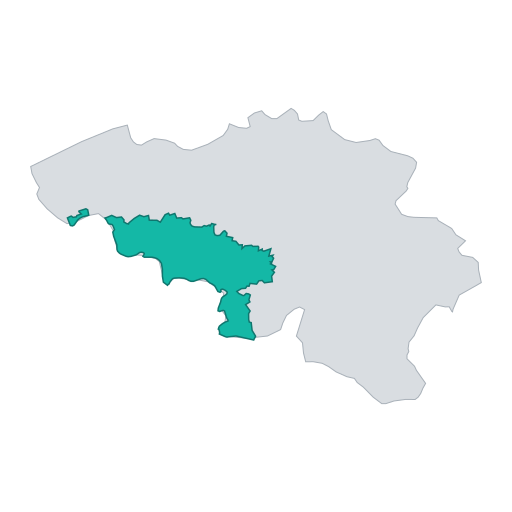 where Hainaut sits in Belgium
{"feature_id": "BEL-2", "entity_name": "Hainaut", "entity_type": "Province", "adm_level": 1, "iso_a3": "BEL", "parent_name": "Belgium", "parent_adm1": "", "projection": "equal_earth", "projection_center": [3.881, 50.373], "detail": "fine", "context": "in_parent", "style": "filled", "palette": "teal", "viewbox_px": 512, "rotation_deg": 0, "n_neighbors": 0, "source": "natural_earth", "source_scale": "10m", "svg_char_len": 4827}
<svg xmlns="http://www.w3.org/2000/svg" viewBox="0 0 512 512"><path d="M229.4,123.8L238.6,127.5L246.6,128.3L250.2,126.6L247.9,117.7L254.4,113.0L261.7,110.8L265.0,114.6L271.7,118.6L276.9,118.6L291.1,108.4L294.4,110.4L297.5,114.0L298.1,117.0L298.7,120.0L301.9,121.3L313.1,120.6L318.7,115.1L323.2,111.6L326.5,114.0L328.2,120.8L331.3,129.7L344.7,139.6L356.1,142.5L369.9,140.5L375.4,138.7L379.1,140.2L382.9,145.5L390.9,151.5L407.7,155.8L412.9,158.2L416.6,162.3L415.6,168.1L407.8,182.5L406.8,186.8L407.9,188.3L406.3,190.9L396.0,200.7L395.1,204.1L398.7,209.7L401.6,214.3L407.9,216.6L413.8,217.3L424.9,217.6L436.8,217.9L438.3,220.6L451.7,228.5L455.9,234.8L465.5,240.8L457.7,248.4L459.0,251.8L461.9,255.3L472.7,257.4L478.2,262.4L478.6,270.1L481.3,282.6L459.2,295.1L453.1,309.1L452.5,311.9L451.8,311.4L449.2,306.8L445.2,306.9L435.9,304.9L423.2,317.6L417.5,328.1L414.1,335.8L409.0,342.1L408.1,348.7L408.8,351.5L407.0,355.0L407.0,358.8L414.5,366.2L416.4,370.3L425.6,383.4L422.9,388.2L420.7,393.5L418.1,397.2L415.1,399.5L405.7,399.4L393.9,401.0L385.9,403.6L381.7,403.6L373.1,397.1L363.4,387.2L357.2,382.5L354.4,378.4L346.9,376.7L336.1,371.9L328.6,366.6L322.2,363.3L313.2,361.7L305.7,361.8L303.5,353.0L302.5,342.8L296.4,336.1L304.6,309.6L299.6,307.0L294.2,309.2L286.5,315.4L282.8,323.0L280.6,329.6L267.5,336.0L246.7,338.3L224.0,336.0L220.8,334.3L219.4,332.3L219.4,330.0L220.9,326.4L224.9,322.1L225.9,315.9L221.8,310.5L219.1,308.4L220.2,303.3L223.2,296.8L223.7,293.1L208.4,281.9L197.3,279.7L186.5,279.3L178.3,278.0L173.6,278.6L170.1,281.8L166.6,284.2L164.1,281.4L159.3,261.6L155.6,258.6L141.7,255.3L122.9,254.1L117.8,250.5L115.1,241.6L113.4,230.9L107.3,220.7L104.1,218.1L98.5,213.6L88.6,215.5L76.8,221.4L69.8,223.0L67.1,223.7L57.7,217.9L47.2,208.9L38.8,199.3L36.8,194.0L39.5,187.5L36.4,182.6L32.0,173.6L30.7,166.5L81.7,141.6L112.7,128.9L127.3,125.1L130.7,137.8L133.4,141.9L136.8,144.5L141.5,145.1L146.7,141.9L154.1,138.6L166.0,140.1L174.6,143.2L177.6,146.4L183.3,149.4L191.6,150.2L207.8,144.3L223.2,135.5L227.7,129.3L229.4,123.8Z" fill="#d9dde1" stroke="#a8b0b8" stroke-width="1"/><path d="M128.1,256.7L126.1,256.3L120.9,254.1L119.4,253.1L117.6,251.2L117.0,249.5L116.8,244.7L113.7,236.4L112.8,232.1L114.5,229.6L113.1,226.0L112.2,224.6L110.6,224.2L109.0,224.0L108.1,223.2L106.6,220.3L105.0,218.0L106.5,217.6L111.7,215.4L116.5,217.6L121.5,217.0L124.0,219.9L123.8,221.9L126.7,223.6L127.4,223.7L128.5,224.0L129.0,222.8L134.3,218.4L139.6,215.2L143.9,216.7L148.5,215.5L149.3,220.2L157.0,220.3L160.3,222.2L165.1,214.7L168.5,213.2L169.7,215.2L174.8,213.5L176.7,218.1L181.4,217.7L183.0,218.9L189.6,217.8L190.8,220.3L190.0,222.8L190.6,224.5L192.2,226.2L194.7,226.9L201.8,227.1L204.2,225.6L206.4,226.2L209.2,225.0L210.0,226.0L211.7,223.5L214.8,224.4L216.3,224.4L214.2,224.9L213.7,226.8L213.9,232.3L215.0,234.9L217.1,235.6L219.8,235.3L223.5,231.2L224.8,230.8L227.0,233.2L226.4,236.3L232.7,237.6L232.1,240.7L235.9,241.3L238.9,245.0L242.3,244.8L242.0,248.6L244.9,245.9L251.6,245.3L252.8,246.4L258.1,246.3L258.7,247.1L258.4,250.8L262.2,249.1L262.1,250.5L263.8,251.2L270.9,248.7L268.8,256.1L273.0,255.2L272.1,256.6L273.6,258.2L272.0,261.7L270.4,261.9L271.6,263.0L270.5,263.9L275.6,266.4L273.8,269.5L271.9,269.9L274.4,272.3L271.6,276.1L272.3,281.7L264.4,282.8L262.2,280.5L258.9,280.8L256.6,284.1L250.0,283.4L249.1,286.2L247.0,286.1L245.5,288.3L241.5,288.6L236.8,291.4L238.8,293.5L243.1,295.6L244.0,295.5L246.2,293.5L248.6,293.9L250.3,295.0L248.9,299.8L249.9,301.9L245.6,304.6L250.1,311.0L248.6,313.6L248.7,319.6L249.3,322.1L251.2,322.6L252.1,330.4L255.6,336.2L254.0,339.3L253.7,340.0L236.0,336.0L228.7,336.8L227.0,337.1L225.4,336.7L218.8,333.8L219.7,333.8L219.5,331.6L218.9,329.3L218.3,329.1L218.8,327.4L219.4,326.2L220.3,325.4L222.4,323.7L225.1,322.1L228.0,321.0L228.0,320.0L227.2,318.8L226.5,317.4L224.5,310.9L223.3,310.4L222.0,310.6L219.7,311.5L218.0,310.8L218.3,308.1L220.6,302.1L221.2,299.3L221.7,298.1L223.0,296.7L225.7,294.9L226.9,293.8L227.2,292.2L226.4,291.3L225.0,290.2L223.4,289.4L222.3,289.1L220.9,289.6L220.8,290.6L221.0,291.6L220.1,292.3L217.9,291.5L214.7,285.8L212.3,284.1L209.8,282.9L205.9,279.4L203.6,278.5L201.1,278.7L193.6,281.3L190.9,281.3L188.8,280.5L186.8,279.3L184.4,278.3L179.5,277.8L174.4,278.1L172.8,278.6L171.8,279.5L169.7,282.4L169.2,283.7L168.9,284.1L168.4,284.4L168.2,284.3L167.5,285.3L163.4,282.2L162.4,276.1L162.4,269.1L161.4,263.3L159.5,260.5L157.2,258.7L154.6,257.7L151.9,257.2L144.3,257.2L142.9,256.3L144.0,254.6L144.2,253.4L143.5,252.7L141.8,252.2L140.1,252.3L138.9,253.0L137.7,253.9L136.1,254.9L131.0,256.4L128.1,256.7ZM72.6,225.9L70.8,225.6L70.3,225.4L69.8,224.0L67.4,217.9L70.6,216.3L71.4,216.1L73.0,217.4L76.4,216.8L76.9,215.5L81.3,214.0L78.9,211.7L79.0,211.0L85.9,208.8L87.7,209.8L88.7,214.8L88.7,215.3L82.6,216.8L79.9,218.2L77.7,220.0L74.2,225.0L72.6,225.9Z" fill="#14b8a6" stroke="#0f766e" stroke-width="1.5"/></svg>